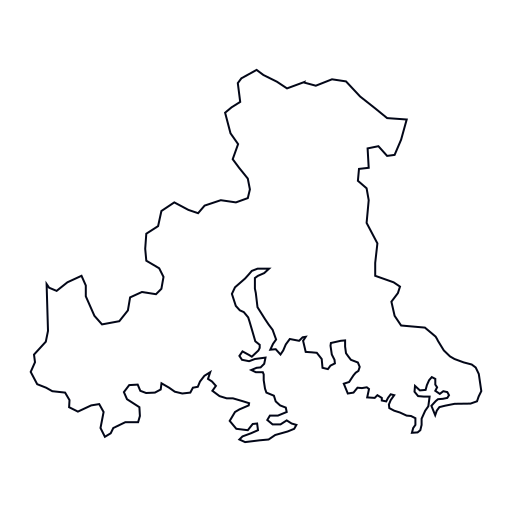 Changwon-si, South Gyeongsang, South Korea (Mercator projection)
{"feature_id": "91817680B26152541530210", "entity_name": "Changwon-si", "entity_type": "district", "adm_level": 2, "iso_a3": "KOR", "parent_name": "South Korea", "parent_adm1": "South Gyeongsang", "projection": "mercator", "projection_center": [128.624, 35.222], "detail": "fine", "context": "isolated", "style": "outline", "palette": "ink", "viewbox_px": 512, "rotation_deg": 0, "n_neighbors": 0, "source": "geoboundaries", "source_scale": "gbopen_adm2", "svg_char_len": 3860}
<svg xmlns="http://www.w3.org/2000/svg" viewBox="0 0 512 512"><path d="M304.1,82.1L287.0,88.4L276.9,81.7L263.4,75.0L256.6,69.9L241.4,78.3L237.8,83.1L240.2,101.9L231.6,107.3L225.1,112.7L230.5,133.3L238.1,144.1L232.7,159.2L239.1,167.8L247.8,178.6L249.9,189.4L247.8,198.1L235.9,202.4L220.8,200.2L204.6,205.6L198.1,213.2L188.4,209.9L174.3,202.4L161.4,211.0L158.1,226.1L146.3,233.7L145.2,248.8L146.3,260.7L159.2,268.3L163.5,276.9L161.4,288.8L156.0,294.2L141.9,292.0L130.1,297.4L127.9,310.4L119.3,321.2L102.0,324.4L94.4,315.8L85.8,296.3L85.8,285.5L81.5,275.8L67.4,282.3L56.6,290.9L49.1,287.7L46.6,284.0L48.0,330.9L45.8,341.7L34.0,354.6L35.0,362.2L30.7,371.9L37.2,384.2L46.1,387.7L52.3,391.2L65.1,392.6L69.5,400.1L69.1,407.2L77.9,411.6L91.2,405.4L99.2,404.1L103.6,412.0L100.5,428.0L104.3,435.6L104.9,436.8L110.7,433.3L113.3,428.0L125.3,422.2L138.1,422.2L139.9,416.0L139.4,407.2L127.0,399.2L123.9,392.1L129.2,385.1L137.7,384.6L140.3,390.8L146.1,393.0L154.9,392.6L160.7,389.5L161.5,383.3L169.1,387.7L174.8,391.7L182.3,393.5L190.3,392.6L192.9,387.7L197.8,386.8L200.0,381.5L204.4,375.8L210.2,372.2L208.0,378.9L212.0,381.5L215.9,385.9L212.4,390.8L219.5,396.1L226.6,398.3L232.8,398.3L243.4,401.4L249.1,403.2L248.7,405.4L239.4,409.4L235.0,412.0L229.7,420.9L236.3,428.8L247.8,430.2L252.7,424.0L257.1,423.5L258.0,430.2L250.9,433.3L242.5,436.4L239.4,439.5L245.1,442.1L259.7,440.3L268.6,439.5L275.2,435.0L287.6,431.5L294.2,428.8L296.4,424.9L291.6,423.5L286.7,420.4L280.5,424.4L272.6,424.4L267.3,420.0L269.9,415.6L277.9,415.6L286.7,412.0L285.8,407.6L280.1,405.4L275.7,401.4L273.9,395.7L266.4,392.6L265.0,388.6L263.7,380.2L263.7,374.4L262.8,372.2L255.8,372.2L251.3,370.0L256.6,367.8L260.6,367.4L264.2,363.8L265.5,357.6L254.9,359.0L249.1,361.2L242.0,359.8L239.4,355.9L242.5,351.4L249.1,355.0L251.8,356.7L258.4,350.5L259.7,347.9L259.7,344.8L255.3,341.3L252.2,330.6L249.6,321.8L248.2,317.4L243.8,312.1L239.8,310.3L235.8,305.9L231.9,293.9L235.0,287.3L245.1,278.5L248.7,274.5L251.8,270.9L257.5,268.7L269.0,268.7L264.2,273.1L258.0,275.8L254.9,278.0L254.9,288.6L255.8,293.0L257.5,307.2L265.0,319.1L268.6,324.5L272.6,329.8L276.1,339.5L273.0,343.9L270.3,349.7L275.7,349.2L280.5,354.5L283.2,350.5L285.8,344.4L289.8,339.0L299.1,340.8L302.6,337.3L305.7,336.8L303.1,340.8L305.7,351.9L311.5,352.3L316.8,352.8L321.7,359.0L322.5,367.8L327.9,369.1L330.5,365.6L334.9,363.4L334.5,359.8L331.8,354.5L330.5,345.7L330.9,343.0L340.7,340.8L345.1,340.4L345.1,346.6L346.0,353.2L348.2,356.3L350.9,359.8L357.9,362.5L359.7,366.9L358.4,370.9L355.7,372.7L353.5,375.3L349.1,382.0L343.8,383.7L347.8,393.5L353.5,392.6L357.5,387.7L361.9,388.1L366.8,387.3L369.0,389.0L367.2,397.4L374.7,397.9L377.4,395.2L381.8,397.9L381.8,400.5L386.2,401.4L388.0,397.9L390.7,394.3L394.2,395.2L390.7,400.1L388.9,404.5L389.3,408.1L394.2,410.7L399.9,412.5L406.6,415.6L411.0,416.0L415.4,418.2L415.4,424.9L413.2,428.0L411.9,432.8L417.6,432.4L420.3,430.2L421.6,424.9L421.6,418.7L425.2,410.7L428.3,406.3L429.1,400.5L429.6,396.6L423.8,396.6L418.1,396.1L414.5,391.7L415.0,385.9L419.9,390.4L425.6,389.9L426.9,385.1L429.1,380.2L431.8,377.1L435.3,378.9L435.3,384.6L437.1,387.3L435.3,390.8L439.8,393.9L443.3,391.2L447.3,392.1L449.0,395.2L447.3,397.9L442.9,398.8L438.0,399.2L435.8,401.0L431.4,405.8L435.2,415.2L436.8,410.6L439.4,407.1L445.1,405.7L454.7,403.8L462.6,403.7L470.5,403.6L477.0,401.3L478.7,396.4L481.3,391.1L478.8,374.0L475.7,367.5L471.7,364.5L463.7,362.4L454.5,359.0L450.0,356.4L443.8,350.4L437.8,340.6L437.1,339.1L435.6,336.6L424.9,327.6L401.1,325.5L394.6,315.8L391.4,301.7L397.9,293.1L400.0,286.6L393.6,282.3L375.2,275.8L375.2,262.9L377.4,243.4L366.6,222.9L368.7,200.2L366.6,188.3L357.9,180.8L359.0,168.9L368.7,167.8L367.6,148.4L378.4,146.2L387.1,155.9L394.6,154.9L401.1,139.7L406.7,119.5L387.1,118.1L375.2,108.4L360.1,96.5L346.0,81.4L332.0,79.3L315.8,85.7L303.9,82.5L304.1,82.1Z" fill="none" stroke="#020617" stroke-width="2"/></svg>